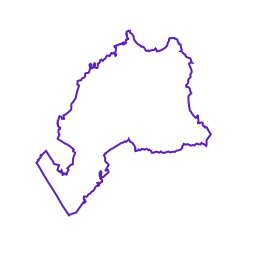 the district of Phong Dien, Thừa Thiên - Huế, Vietnam, rotated 192°
{"feature_id": "81297802B35670860897871", "entity_name": "Phong Dien", "entity_type": "district", "adm_level": 2, "iso_a3": "VNM", "parent_name": "Vietnam", "parent_adm1": "Thừa Thiên - Huế", "projection": "equal_earth", "projection_center": [107.309, 16.544], "detail": "fine", "context": "isolated", "style": "outline", "palette": "violet", "viewbox_px": 256, "rotation_deg": 192, "n_neighbors": 0, "source": "geoboundaries", "source_scale": "gbopen_adm2", "svg_char_len": 5886}
<svg xmlns="http://www.w3.org/2000/svg" viewBox="0 0 256 256"><g transform="rotate(192 128 128)"><path d="M146.4,223.5L146.9,223.3L147.8,223.3L148.0,222.7L149.2,222.0L149.4,221.4L149.1,220.4L149.4,219.7L149.3,219.3L148.5,219.2L148.3,218.7L148.4,218.1L148.1,217.4L147.1,216.1L146.3,215.6L146.3,215.2L146.5,215.2L147.3,215.0L147.4,214.1L148.2,213.9L148.1,213.1L148.5,211.7L148.3,211.3L147.6,211.1L147.7,210.6L148.7,210.2L148.7,209.6L149.1,209.1L149.5,209.0L150.0,209.4L150.1,210.4L150.5,210.6L150.8,210.5L150.9,209.9L150.8,209.4L151.0,208.7L152.1,209.0L152.7,208.3L153.7,208.4L154.6,207.4L155.3,207.1L155.6,206.6L157.4,205.9L158.2,205.3L158.2,204.7L157.8,204.1L157.5,204.1L157.1,204.5L156.5,204.4L156.1,202.0L156.1,198.6L155.7,197.8L154.9,197.6L154.8,197.4L154.9,196.3L155.2,196.0L155.9,197.0L157.1,198.1L158.1,198.4L158.9,197.6L159.7,197.9L160.1,197.6L160.3,197.2L160.5,195.2L160.8,194.6L161.2,194.5L161.7,194.8L163.4,194.6L163.6,194.4L164.8,191.0L165.5,190.4L166.7,188.4L167.7,188.6L167.8,189.2L168.2,189.4L169.5,188.2L169.2,186.5L169.8,185.2L170.5,185.1L170.8,184.3L170.3,181.4L170.4,180.4L170.7,180.2L172.1,180.1L173.5,181.1L173.3,182.3L173.4,183.8L173.9,184.4L174.4,184.2L174.7,183.3L174.6,182.2L174.2,181.4L174.6,179.8L175.2,179.0L175.9,179.0L176.6,179.6L177.0,181.9L177.4,182.7L178.1,183.0L178.8,182.0L178.6,181.1L177.6,179.0L177.5,178.3L177.8,174.1L178.3,173.6L180.2,173.2L180.8,172.8L181.2,172.1L180.6,169.6L181.1,168.6L181.6,168.1L183.2,167.0L183.4,166.7L183.5,165.6L184.0,164.8L184.9,164.7L186.7,163.7L187.0,163.5L187.0,163.1L186.6,160.0L184.8,159.4L184.7,159.1L185.4,153.4L185.4,148.5L185.3,147.9L185.5,145.7L186.6,143.5L186.7,142.9L187.3,141.5L188.1,140.4L188.3,139.7L187.9,136.9L187.5,136.0L187.5,134.4L187.7,133.7L190.3,130.1L192.2,127.9L193.1,127.2L193.7,127.0L192.6,124.0L192.7,123.5L193.5,123.6L194.3,123.1L194.9,123.6L195.5,125.0L197.4,125.3L197.7,123.7L197.6,122.0L198.2,120.7L197.8,119.6L198.1,119.0L198.1,118.2L198.0,117.8L197.4,117.4L197.6,117.1L196.7,115.1L196.2,115.0L195.3,114.3L194.4,114.2L194.4,113.8L194.3,112.9L195.5,112.1L195.1,109.0L193.6,106.9L194.4,104.5L194.6,102.8L186.0,99.6L184.3,99.3L180.4,97.8L176.5,95.6L177.1,94.2L174.5,92.7L175.2,88.3L175.3,85.4L174.4,81.0L176.2,80.2L179.0,75.9L177.8,75.0L177.4,74.4L177.6,73.7L178.3,72.3L178.4,69.7L178.7,69.5L179.2,70.2L179.6,70.4L181.7,70.3L181.3,69.1L182.2,68.6L182.8,69.7L183.4,71.5L184.2,72.7L185.0,70.8L185.7,71.5L186.0,71.2L186.7,71.3L188.3,72.3L187.7,77.3L192.8,77.4L194.8,80.1L197.6,82.6L203.4,88.5L207.2,82.9L207.6,83.4L207.9,82.9L207.3,82.3L207.8,81.1L207.5,80.8L209.4,78.0L208.8,77.4L210.3,75.0L205.9,70.5L200.5,64.4L195.7,59.4L195.1,58.6L190.3,53.9L183.7,47.0L175.5,38.0L167.6,30.3L167.1,31.2L166.1,31.5L162.8,33.7L161.2,34.4L156.1,46.2L155.9,46.5L155.4,46.0L154.9,47.0L154.6,46.5L154.2,47.1L155.0,48.5L155.5,48.3L156.5,49.4L156.4,50.0L156.8,50.4L156.8,51.8L155.9,52.1L154.5,52.0L153.6,52.8L152.8,55.0L151.4,55.8L150.6,57.7L150.1,58.3L148.9,59.2L148.5,60.5L148.0,61.4L147.7,63.3L146.7,64.6L145.7,64.8L144.2,66.0L144.5,66.7L145.2,66.8L145.6,66.5L146.6,67.8L145.6,68.4L144.0,68.4L142.8,69.7L142.2,69.9L142.2,71.0L143.3,72.5L144.1,72.4L144.6,72.9L144.6,73.5L146.0,75.8L146.1,77.1L146.5,78.4L146.0,78.9L146.0,79.3L145.6,79.9L145.4,79.5L144.9,79.4L144.6,78.5L144.6,76.6L143.8,74.4L143.5,74.2L143.2,74.5L141.9,74.9L141.0,76.4L137.9,80.5L138.4,82.3L138.9,82.8L139.3,83.0L140.0,82.9L141.3,81.1L141.0,82.7L139.4,87.4L139.3,88.1L140.0,88.8L142.9,90.3L143.7,91.6L144.0,93.6L145.9,96.5L144.6,98.1L144.9,98.6L142.7,100.9L141.0,103.1L138.9,104.7L131.8,111.6L129.7,112.9L128.3,114.3L127.1,114.0L126.9,114.1L126.5,115.0L125.0,116.7L124.9,117.2L124.4,116.5L123.9,116.2L123.2,115.0L120.8,114.5L117.9,111.8L116.5,109.6L116.5,108.1L116.3,107.2L115.5,106.9L113.9,108.0L113.2,109.1L111.6,108.7L110.7,109.3L110.5,110.2L110.3,110.4L109.3,110.6L107.4,110.2L106.0,111.3L105.3,111.5L103.4,110.6L102.9,111.2L102.3,110.8L101.2,110.7L100.3,109.8L99.8,108.8L99.3,108.7L98.1,109.3L97.2,109.4L96.5,110.2L95.0,110.8L92.5,110.3L91.9,110.7L91.0,111.9L90.6,111.8L89.7,111.1L88.0,111.1L86.4,111.6L85.3,112.5L83.1,113.5L82.0,112.8L78.4,114.4L77.2,114.3L75.7,116.0L74.1,116.6L72.0,117.8L70.8,119.8L71.2,121.0L70.4,122.6L70.2,124.1L67.9,123.7L67.1,124.3L65.9,124.6L62.8,123.8L61.2,124.8L59.5,124.7L57.6,127.1L55.9,126.7L55.1,126.8L54.6,127.0L53.8,126.9L53.4,128.2L52.9,128.8L52.0,128.2L49.9,127.8L47.7,126.7L47.7,128.0L48.5,131.8L48.4,133.2L46.2,137.7L45.7,139.3L47.1,140.4L49.4,142.9L50.6,144.6L51.8,145.2L52.5,144.5L53.0,144.4L53.5,145.5L55.0,145.8L55.6,146.8L55.9,148.2L56.2,148.6L56.8,148.8L57.9,148.5L59.1,147.6L59.4,147.7L60.6,147.3L60.8,147.9L60.4,149.1L60.6,150.0L61.7,152.8L62.1,154.5L62.3,154.7L62.8,154.1L63.6,152.1L64.0,152.0L64.8,152.5L67.6,154.7L71.4,158.5L72.0,160.3L72.5,161.2L72.9,161.5L73.2,164.1L74.0,165.3L75.4,171.1L75.2,172.4L73.3,175.2L74.4,176.4L75.8,179.4L76.4,180.0L78.1,180.6L79.5,180.4L80.0,181.5L79.9,182.3L79.1,183.3L78.5,185.1L78.6,186.2L79.2,187.2L79.0,188.2L78.5,189.0L77.9,189.7L77.4,190.9L77.5,191.4L78.0,192.7L78.1,193.3L77.3,196.0L78.1,198.1L81.4,203.0L81.6,203.5L81.6,204.0L80.5,205.0L78.8,205.2L79.8,206.0L81.1,208.6L81.6,209.1L84.5,209.4L86.2,209.9L86.9,210.6L87.0,211.4L87.2,211.7L88.5,211.9L91.0,213.8L91.8,214.2L92.6,214.1L91.8,215.5L92.1,216.5L93.1,218.1L93.9,220.7L95.4,220.6L96.0,221.0L96.1,222.0L97.2,222.6L97.7,223.9L98.3,224.6L99.0,225.1L100.4,225.0L100.8,225.5L101.6,225.7L103.1,225.2L103.7,225.3L104.9,224.5L105.8,224.6L106.1,224.4L106.3,223.6L106.1,222.0L106.7,219.7L107.0,218.9L106.7,218.1L106.9,216.7L108.7,213.7L112.2,210.6L115.6,208.9L116.8,210.8L117.6,211.5L118.7,209.7L119.2,209.5L119.9,209.5L121.0,209.2L123.4,207.5L124.3,208.0L125.7,207.2L126.7,207.5L128.9,210.0L129.8,210.6L130.6,210.7L131.5,210.1L132.4,210.8L136.2,212.3L139.0,214.3L140.4,215.8L141.4,218.4L143.1,220.3L144.3,221.2L145.5,221.3L146.0,221.9L146.4,223.5Z" fill="none" stroke="#5b21b6" stroke-width="2"/></g></svg>